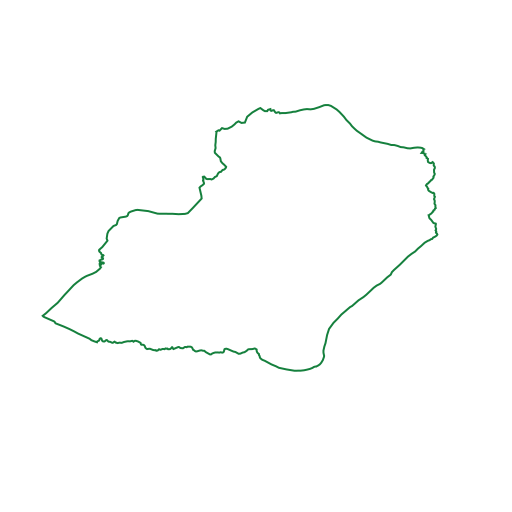 Phongsaly, Phôngsali, Laos, rotated 46°
{"feature_id": "54806243B21239526980805", "entity_name": "Phongsaly", "entity_type": "district", "adm_level": 2, "iso_a3": "LAO", "parent_name": "Laos", "parent_adm1": "Phôngsali", "projection": "orthographic", "projection_center": [102.201, 21.831], "detail": "fine", "context": "isolated", "style": "outline", "palette": "green", "viewbox_px": 512, "rotation_deg": 46, "n_neighbors": 0, "source": "geoboundaries", "source_scale": "gbopen_adm2", "svg_char_len": 6036}
<svg xmlns="http://www.w3.org/2000/svg" viewBox="0 0 512 512"><g transform="rotate(46 256 256)"><path d="M150.9,451.0L152.0,451.0L153.2,450.6L162.7,446.7L163.6,446.6L164.6,446.9L165.3,446.9L173.2,443.3L179.1,440.9L183.9,439.2L188.1,437.9L199.9,433.2L202.2,432.9L205.1,431.6L207.6,430.3L207.2,429.5L207.8,427.6L207.0,426.0L207.1,425.1L207.5,424.7L208.0,424.6L210.0,425.5L211.1,425.4L212.1,424.6L212.3,424.1L212.4,422.4L212.8,421.7L215.1,421.6L216.5,420.5L218.6,419.7L219.1,418.9L219.2,417.8L219.4,417.2L220.8,417.1L221.3,416.6L222.1,416.4L222.6,415.9L223.5,414.4L225.2,412.9L226.1,410.8L227.9,407.9L228.8,406.9L229.9,405.9L231.0,404.0L231.5,403.7L232.5,403.7L232.9,402.0L233.6,401.3L235.4,400.3L237.9,399.5L238.3,399.4L239.6,400.1L240.2,400.1L241.4,398.9L242.3,398.5L243.2,398.5L245.2,399.3L246.1,399.3L247.3,399.0L248.5,397.3L249.1,396.7L252.0,395.4L253.1,394.6L254.1,393.5L254.8,393.6L255.2,393.2L255.7,392.3L255.7,390.6L256.2,390.2L256.8,390.1L257.2,389.7L257.9,387.9L258.3,387.4L259.5,386.5L259.6,385.4L259.8,385.1L260.3,385.0L261.1,384.0L261.8,384.1L262.1,383.9L262.9,383.0L263.3,382.3L263.4,381.6L263.3,379.7L263.7,379.6L265.0,380.0L265.6,380.0L267.5,375.1L268.1,374.6L269.7,374.3L271.6,372.7L272.1,370.3L272.7,369.7L273.5,369.2L273.7,368.2L275.5,366.3L276.1,365.9L277.2,365.6L278.2,365.8L279.8,366.4L280.9,366.0L281.8,366.0L283.0,365.5L283.7,364.5L285.0,362.0L285.9,360.8L287.4,359.9L288.3,359.0L290.2,358.9L294.8,357.5L295.5,356.8L295.7,355.4L296.2,354.0L297.1,352.3L298.7,350.6L300.0,349.5L300.7,348.3L302.1,347.4L302.6,346.3L302.3,345.3L301.2,343.5L301.3,342.9L302.0,341.8L303.3,341.0L309.1,338.6L310.7,337.5L314.3,336.4L315.4,335.0L316.2,332.7L317.2,331.1L317.7,328.6L317.7,326.7L318.1,325.9L320.5,323.2L321.6,321.2L322.1,320.9L323.7,320.5L324.6,321.4L325.9,322.0L327.1,322.2L328.6,322.0L329.4,322.7L330.5,322.9L331.7,323.7L332.7,323.9L335.0,323.6L337.4,322.5L344.7,320.2L349.3,318.2L352.3,317.2L358.7,312.9L365.3,308.0L369.6,303.4L371.6,300.8L373.1,298.4L374.7,295.6L375.8,292.9L375.9,291.8L376.7,290.1L377.3,289.6L378.0,287.2L378.3,285.3L378.1,283.2L377.3,280.2L375.8,277.2L375.2,276.4L372.5,274.7L370.9,273.2L368.6,269.7L367.0,266.6L362.2,259.7L359.2,254.1L357.9,246.6L357.8,240.7L357.4,235.3L358.1,223.8L358.7,221.6L359.1,213.0L360.2,207.1L360.5,203.6L360.6,193.4L361.1,189.7L362.2,186.2L362.4,184.3L362.5,176.4L363.0,172.0L362.0,169.4L361.9,166.5L362.2,158.6L362.0,147.1L362.5,142.6L363.3,138.4L363.2,134.3L363.5,130.6L363.6,125.5L364.4,122.0L365.2,120.1L365.4,118.6L366.1,117.4L365.8,115.9L366.5,113.7L366.8,112.0L366.6,110.7L365.3,110.2L364.3,110.4L363.8,110.0L363.5,109.2L362.7,109.0L362.3,109.0L362.0,108.1L361.7,107.6L359.5,106.6L357.9,104.3L357.5,104.2L356.0,105.2L355.3,105.4L351.7,104.9L349.7,105.0L349.1,104.9L346.6,103.5L346.9,103.0L346.9,101.9L347.2,100.6L347.1,98.6L346.8,97.9L347.1,97.5L346.5,96.5L346.8,95.3L346.2,94.3L346.4,93.4L345.0,92.6L344.1,91.6L342.4,91.3L341.2,89.8L340.0,88.8L339.4,88.7L338.7,88.4L337.7,86.2L337.0,86.2L336.5,85.9L335.1,84.5L334.6,84.4L333.9,84.4L333.5,85.1L331.6,85.8L329.1,86.4L328.0,86.2L327.7,86.0L327.2,85.3L326.7,85.4L324.7,84.8L323.4,84.8L323.2,84.3L323.0,83.0L323.4,81.5L323.1,80.8L323.3,80.0L323.1,79.3L323.3,78.5L323.0,77.6L323.4,76.5L323.0,73.9L322.0,73.1L321.9,72.0L321.2,70.4L319.7,69.9L317.7,68.1L317.5,67.8L317.1,66.5L316.7,66.0L316.1,65.5L315.3,65.3L314.7,65.4L314.2,65.2L313.0,63.8L311.1,63.7L311.0,64.1L311.1,65.0L310.7,65.7L309.5,66.5L307.9,66.9L306.6,66.1L305.6,64.8L304.0,65.2L303.7,64.7L302.1,64.5L300.7,64.6L300.3,64.3L300.3,63.7L299.9,64.0L299.6,63.9L299.3,63.6L299.1,63.7L297.6,64.6L296.9,65.3L296.6,63.8L297.1,63.1L296.9,62.5L295.7,61.7L295.5,61.3L295.6,61.0L293.9,61.4L292.5,62.3L290.2,64.3L287.8,67.3L285.8,70.3L283.7,72.2L280.4,74.3L278.1,76.3L275.3,77.6L272.3,79.4L270.1,81.6L266.8,83.4L260.7,87.6L258.6,88.8L256.3,90.7L254.0,92.0L247.6,94.3L235.8,96.5L232.7,96.7L229.3,96.8L226.1,96.4L220.9,96.5L216.8,96.0L210.4,95.9L206.6,96.2L200.1,97.8L197.7,99.1L195.6,101.3L194.8,102.4L192.9,107.0L190.4,112.1L188.4,114.9L185.7,117.3L183.8,119.8L181.7,123.2L179.7,127.2L177.9,129.3L177.1,130.8L173.6,135.6L171.2,138.0L170.0,139.7L169.3,139.5L168.7,139.6L168.1,140.0L167.1,142.0L166.6,142.3L165.8,142.3L163.5,141.9L162.9,142.6L162.4,144.0L161.8,144.4L161.4,144.4L160.3,143.6L159.2,145.8L159.6,147.3L157.9,149.0L156.2,149.5L152.6,150.1L151.9,152.0L150.2,158.9L149.7,165.6L152.3,171.3L150.2,174.0L147.0,175.0L146.3,177.6L146.4,180.0L146.1,183.6L144.7,188.0L142.8,190.3L140.4,191.6L140.5,195.2L139.5,195.7L139.0,198.2L139.3,198.2L143.8,203.6L146.0,205.8L148.0,208.3L150.3,210.1L151.9,212.9L153.2,213.9L158.4,213.8L160.1,213.5L160.9,213.8L163.5,215.5L166.0,215.7L168.0,215.5L171.1,215.5L171.6,216.3L171.6,217.4L171.8,218.0L171.5,219.4L170.9,220.2L171.1,222.9L170.6,223.4L170.3,224.0L170.2,224.8L170.3,226.0L171.3,228.8L170.6,230.8L170.8,232.7L170.1,234.8L168.9,235.4L167.0,237.5L166.0,238.2L164.7,238.1L162.9,238.1L162.2,239.1L162.2,239.4L164.3,240.5L164.8,241.0L164.7,241.5L165.0,241.8L166.8,242.4L167.9,243.2L167.9,245.2L167.5,247.5L167.6,249.2L174.8,253.5L176.9,255.2L177.6,268.4L177.8,275.3L176.4,277.8L172.2,282.6L167.7,286.7L157.3,297.3L148.9,302.3L140.5,309.2L139.3,310.8L137.2,315.0L136.6,316.8L136.6,318.1L137.5,319.6L137.8,320.8L137.3,322.2L134.1,326.8L133.7,328.0L134.7,331.2L136.4,333.9L136.5,335.1L135.4,337.7L135.6,344.7L136.7,347.4L139.7,351.3L141.8,352.2L142.8,360.4L142.6,364.4L142.8,364.9L143.3,365.0L143.7,365.5L144.3,365.6L146.2,365.4L147.6,366.1L148.1,366.0L149.1,365.3L149.6,365.3L149.8,366.9L149.5,367.3L149.5,367.7L149.9,368.0L151.4,367.6L151.8,368.1L151.5,369.3L151.0,369.9L150.9,370.7L150.5,371.6L150.9,372.1L152.5,372.0L154.8,370.3L155.4,370.4L155.5,370.7L155.5,371.0L155.2,371.2L154.5,371.2L154.4,372.2L154.2,372.4L152.8,373.0L152.6,373.3L152.7,373.6L153.2,373.8L153.6,374.4L154.6,374.0L154.8,375.1L156.1,375.5L156.4,375.4L156.7,377.0L156.4,382.0L155.2,385.9L152.8,391.5L152.2,393.4L151.4,396.7L150.6,403.1L150.3,407.4L151.0,420.8L151.9,431.1L151.4,439.2L151.3,446.9L150.9,451.0Z" fill="none" stroke="#15803d" stroke-width="2"/></g></svg>